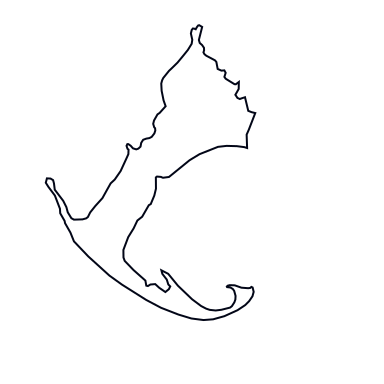 Barnstable, Massachusetts, United States of America (orthographic projection), rotated 137°
{"feature_id": "52423323B82031073374827", "entity_name": "Barnstable", "entity_type": "district", "adm_level": 2, "iso_a3": "USA", "parent_name": "United States of America", "parent_adm1": "Massachusetts", "projection": "orthographic", "projection_center": [-70.291, 41.798], "detail": "fine", "context": "isolated", "style": "outline", "palette": "ink", "viewbox_px": 384, "rotation_deg": 137, "n_neighbors": 0, "source": "geoboundaries", "source_scale": "gbopen_adm2", "svg_char_len": 2398}
<svg xmlns="http://www.w3.org/2000/svg" viewBox="0 0 384 384"><g transform="rotate(137 192 192)"><path d="M79.9,311.0L81.7,310.7L84.7,308.7L88.0,303.1L91.2,300.6L98.2,298.7L105.2,297.7L114.4,296.5L114.7,296.5L122.9,296.3L123.2,296.3L124.4,296.3L126.1,296.3L135.2,295.0L137.6,294.1L140.5,292.3L145.2,286.7L148.7,281.0L150.3,278.4L152.8,272.7L161.8,271.9L164.3,272.3L171.0,270.2L173.9,268.3L175.5,265.1L175.5,263.8L176.9,262.0L179.6,260.5L183.9,259.8L186.4,260.5L189.0,262.2L192.1,263.5L195.6,262.6L198.7,260.3L201.6,260.3L203.7,261.2L205.4,264.2L205.3,267.6L205.9,270.4L206.6,271.1L208.4,270.4L209.7,267.6L209.5,266.3L212.7,263.1L216.0,261.7L229.9,256.0L240.0,253.8L245.6,253.8L252.8,251.5L261.7,248.6L272.3,247.7L280.4,246.5L285.2,244.7L287.4,244.9L290.8,246.7L297.2,252.3L298.1,255.1L296.7,261.9L294.2,266.6L292.2,273.4L290.8,287.3L287.1,292.4L285.5,295.4L286.3,298.3L288.8,300.9L292.6,298.5L293.5,293.8L294.7,282.9L300.0,269.8L302.9,266.3L304.9,257.7L306.1,255.8L308.6,245.2L312.0,236.4L311.8,215.6L309.4,187.1L306.4,172.1L299.1,144.3L293.6,128.4L285.5,111.6L278.7,99.9L270.9,90.5L263.4,84.5L253.0,79.1L239.3,74.5L230.2,73.0L224.7,73.2L218.9,74.5L215.0,76.9L212.8,80.8L213.3,82.1L214.8,82.1L216.5,83.3L221.1,88.3L224.4,94.6L227.9,98.1L229.7,99.1L231.0,99.1L231.2,98.5L229.0,95.9L228.3,93.1L228.6,90.9L231.0,86.3L233.6,83.8L236.3,82.4L240.7,81.3L243.0,81.5L250.8,85.8L255.5,89.2L259.4,93.7L261.2,97.0L263.1,102.4L265.1,113.5L266.2,133.1L265.2,148.4L267.8,155.6L269.5,152.4L270.2,145.1L272.4,140.5L272.3,137.8L275.2,136.7L279.7,137.0L281.3,144.3L281.7,149.7L285.5,152.7L288.4,153.3L289.3,154.7L286.5,159.0L288.0,174.8L288.2,187.5L286.8,190.8L281.7,196.4L279.1,197.7L269.4,202.5L259.5,205.2L251.4,208.4L245.3,207.9L232.6,211.8L230.4,211.3L222.0,215.1L216.1,219.0L208.5,227.3L207.1,227.2L204.4,224.2L204.0,223.2L203.5,222.2L198.6,218.7L172.2,216.9L169.7,216.4L160.6,214.5L142.2,207.3L135.2,202.1L127.9,194.9L123.1,189.1L121.7,186.6L112.9,196.7L108.0,198.8L91.9,206.6L94.0,209.8L95.5,213.0L88.6,225.2L93.7,227.5L94.6,229.8L94.0,233.5L87.6,235.5L82.7,240.5L86.5,240.9L87.4,241.9L89.7,250.3L90.1,251.9L89.8,254.1L86.1,256.2L85.4,258.9L87.7,260.7L89.3,264.5L85.5,270.5L85.4,272.6L88.6,281.9L88.9,284.3L88.4,286.3L86.5,287.4L84.9,289.3L84.4,292.6L84.7,295.7L83.3,298.5L72.0,305.8L73.0,309.1L74.0,309.6L76.2,309.2L78.3,308.5L79.0,310.0L79.9,311.0Z" fill="none" stroke="#020617" stroke-width="2"/></g></svg>